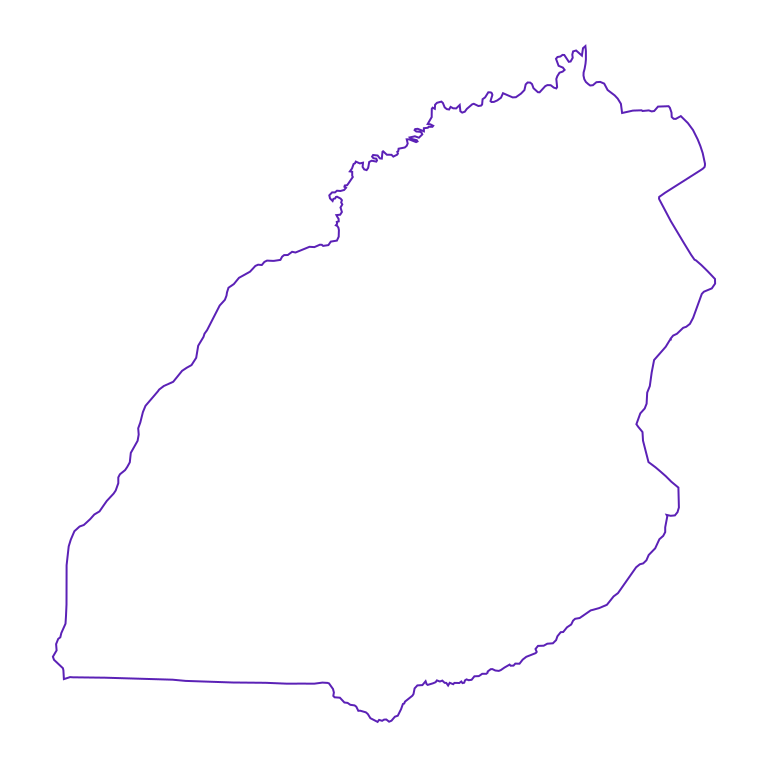 the district of Kungu, Équateur, Democratic Republic of the Congo
{"feature_id": "63176286B55786633055845", "entity_name": "Kungu", "entity_type": "district", "adm_level": 2, "iso_a3": "COD", "parent_name": "Democratic Republic of the Congo", "parent_adm1": "Équateur", "projection": "orthographic", "projection_center": [18.779, 2.549], "detail": "fine", "context": "isolated", "style": "outline", "palette": "violet", "viewbox_px": 768, "rotation_deg": 0, "n_neighbors": 0, "source": "geoboundaries", "source_scale": "gbopen_adm2", "svg_char_len": 5997}
<svg xmlns="http://www.w3.org/2000/svg" viewBox="0 0 768 768"><path d="M606.9,604.8L613.6,596.4L618.0,593.1L632.8,572.0L636.1,567.3L639.8,564.3L643.2,563.4L646.4,560.3L648.7,555.0L655.2,548.3L659.4,539.2L663.2,535.9L665.2,532.1L665.2,527.3L667.3,516.3L666.6,514.9L670.7,515.8L674.9,515.4L677.5,512.2L678.9,507.5L678.4,487.6L671.3,481.7L665.8,476.2L659.4,470.6L655.5,467.3L648.5,462.1L643.0,440.6L642.5,432.1L641.5,430.8L638.2,426.8L636.4,424.2L640.3,413.4L644.7,408.5L646.6,403.7L647.2,392.6L649.8,386.1L651.7,372.4L654.1,360.0L665.7,346.8L669.8,340.1L670.8,339.6L670.5,338.8L673.1,335.6L676.9,333.8L683.2,327.8L686.2,326.8L689.9,323.9L693.1,317.9L701.8,293.9L703.9,291.7L711.8,288.4L715.1,283.6L715.0,279.0L707.6,271.2L701.3,265.0L696.0,260.4L694.5,259.7L691.1,254.8L683.7,242.7L670.9,221.3L659.2,199.2L659.0,198.3L659.2,196.9L665.0,192.8L699.8,170.7L702.7,168.8L704.5,167.1L704.9,165.6L705.0,163.8L702.7,153.1L700.4,146.1L697.7,139.4L693.0,130.0L687.9,123.1L680.8,116.1L675.8,118.9L673.6,118.8L671.7,117.0L671.5,112.6L669.9,107.8L668.6,106.2L658.0,106.6L655.0,110.1L654.2,111.0L651.7,111.4L648.8,110.4L642.5,111.0L641.6,110.3L632.9,110.6L622.1,113.0L620.9,103.8L617.7,98.6L614.7,95.4L607.6,90.0L604.2,83.6L600.2,81.9L596.4,82.2L592.9,85.2L590.2,85.5L588.4,84.2L585.9,82.0L584.3,79.2L583.5,75.6L583.6,72.5L584.6,68.8L585.5,63.7L585.9,59.5L585.9,53.9L585.9,51.1L585.4,46.1L583.0,48.2L581.9,55.6L576.1,50.5L573.1,51.4L572.3,54.6L572.7,57.8L570.6,61.5L568.8,61.8L564.3,55.0L562.5,54.9L560.4,56.5L557.5,57.0L556.0,58.8L558.6,65.8L562.9,67.6L564.0,69.1L564.6,69.9L562.7,71.6L559.5,72.7L557.3,76.2L556.3,79.0L556.9,84.8L557.1,87.1L556.3,88.4L553.8,87.6L550.7,85.2L547.4,85.1L545.3,86.1L539.6,92.3L537.9,92.2L533.5,88.2L532.0,84.1L530.2,82.6L527.6,82.5L525.7,84.4L524.4,90.1L521.0,93.6L515.9,97.2L512.7,97.4L507.8,95.3L503.0,93.2L501.0,97.7L497.3,100.4L493.9,101.9L491.5,102.0L490.5,101.1L490.8,100.0L491.5,97.8L492.4,94.9L492.2,94.5L491.9,93.3L490.8,92.4L488.3,92.3L485.1,97.4L482.6,99.2L482.1,104.5L481.1,105.6L478.4,106.0L473.8,103.8L472.2,104.3L467.4,108.4L466.8,108.9L464.8,111.7L462.2,112.6L460.4,111.3L459.7,105.0L456.2,108.4L453.2,108.3L450.6,106.9L449.1,109.5L446.8,109.1L444.7,107.4L442.9,103.0L441.4,101.6L437.0,102.8L435.1,104.7L434.8,108.8L432.6,107.7L431.8,108.8L431.7,114.8L431.7,117.1L430.8,118.6L427.7,124.0L430.3,124.3L433.2,125.8L432.4,126.8L428.6,126.8L427.8,127.8L423.9,128.2L423.9,131.3L417.7,128.8L415.2,129.1L415.1,129.3L414.6,130.1L416.3,131.5L420.1,131.8L421.6,132.8L422.3,134.4L421.8,134.9L418.9,137.7L416.9,137.0L414.9,136.3L409.9,137.4L411.6,138.9L416.8,140.2L417.5,141.4L416.1,142.1L409.2,139.4L407.5,139.3L406.7,139.3L407.7,143.5L406.7,145.8L404.8,147.5L398.6,148.7L398.5,149.6L398.2,151.2L397.3,151.8L397.6,152.7L397.9,153.6L397.1,154.7L393.3,156.6L391.5,154.8L386.8,154.7L383.8,151.9L383.1,151.3L382.5,151.8L381.8,158.6L379.9,158.4L377.6,155.5L373.1,155.0L372.1,156.6L373.4,158.2L373.8,158.3L376.3,158.7L377.0,160.4L376.3,161.6L371.6,160.7L369.2,162.0L368.5,166.1L368.1,168.0L366.6,170.1L364.2,169.4L362.6,166.9L363.0,162.7L359.8,163.4L355.8,161.6L355.0,163.3L353.6,164.0L352.0,168.5L349.9,171.4L352.2,171.8L352.2,175.7L352.8,177.0L348.3,183.6L347.1,185.2L344.8,185.5L344.6,186.1L344.4,186.8L346.0,187.8L344.1,190.0L340.4,191.0L337.0,190.7L335.0,192.4L333.3,192.4L332.1,192.4L329.3,195.3L330.0,198.4L332.6,201.0L333.4,198.9L335.2,198.4L335.9,197.0L337.0,196.7L340.6,198.6L341.6,199.8L341.9,200.2L341.2,202.5L342.3,204.4L342.2,204.6L340.5,207.5L341.9,212.0L340.2,214.7L336.4,215.1L337.4,217.0L338.6,218.9L338.7,221.4L336.8,221.9L337.1,223.9L335.9,225.3L337.3,226.0L338.4,227.7L338.9,230.1L338.7,236.7L336.9,240.6L330.8,241.6L328.4,245.1L323.1,245.9L321.8,244.8L319.9,244.7L314.4,247.1L309.5,246.8L299.2,251.0L295.5,252.5L292.1,251.8L287.8,255.0L284.1,255.1L282.1,256.7L280.4,259.9L273.7,260.9L273.4,260.9L273.2,260.9L267.0,260.6L264.4,261.9L261.8,265.0L258.1,264.7L255.4,265.9L250.0,271.7L239.0,277.8L233.8,284.1L228.5,287.7L227.0,292.4L226.5,295.6L224.9,299.8L219.7,305.5L207.1,330.1L204.5,333.7L203.5,336.9L198.2,345.7L196.2,357.8L191.5,365.1L186.8,367.7L182.1,370.8L173.2,381.8L163.8,386.0L159.1,389.6L158.0,391.2L145.5,405.8L142.9,412.1L140.3,422.5L138.2,428.3L138.7,434.6L137.6,440.8L130.8,452.9L129.8,462.3L127.2,467.0L125.1,470.1L119.9,474.3L118.3,477.4L118.3,483.2L115.7,490.5L113.6,493.6L106.8,500.9L104.2,504.6L99.5,511.4L94.3,514.5L90.1,519.2L83.8,525.0L79.6,526.5L74.4,531.2L70.8,539.6L68.7,546.4L66.6,565.2L66.5,604.4L66.0,615.9L65.5,623.7L61.3,633.1L60.3,637.3L58.2,638.9L56.1,644.1L56.6,650.4L52.9,656.7L54.0,659.8L62.9,668.2L63.4,670.3L63.9,679.1L69.2,677.4L70.0,677.1L72.8,677.3L105.2,677.7L172.6,679.7L185.6,680.9L232.7,682.5L265.6,682.8L287.4,683.7L301.9,683.6L314.1,683.7L322.4,682.6L327.5,682.9L329.0,683.4L333.0,689.0L333.9,692.5L333.3,695.9L334.6,697.3L339.9,697.7L344.4,702.5L347.6,702.9L350.3,704.8L354.6,705.4L356.3,706.7L358.3,710.8L360.2,710.7L365.8,712.3L367.7,713.9L368.1,714.5L370.4,718.2L377.6,721.9L378.0,721.3L379.1,719.9L382.1,720.8L384.1,719.6L386.3,719.5L389.1,721.7L391.5,720.7L392.4,719.6L394.9,716.7L397.8,715.7L401.1,709.1L402.9,704.0L404.2,703.5L405.0,701.6L412.4,695.7L413.5,694.0L414.6,688.4L417.4,685.4L422.4,685.1L425.6,681.2L426.6,684.1L427.7,684.9L433.0,683.3L435.6,682.2L436.9,680.4L438.2,680.9L439.9,681.5L442.3,680.6L444.6,682.8L446.3,682.9L448.1,685.5L449.7,682.8L453.2,684.2L454.4,682.9L459.3,683.0L461.3,681.5L462.5,683.1L464.2,682.7L465.0,680.4L466.5,679.4L468.7,680.2L471.6,679.8L474.4,676.3L478.8,676.1L479.8,675.5L482.2,673.8L486.3,673.8L487.6,672.7L487.7,671.5L490.7,669.2L492.4,669.1L495.3,670.5L498.8,670.9L500.8,670.1L504.4,667.6L509.6,664.6L510.6,665.7L513.5,665.6L515.3,663.6L519.5,663.7L522.7,659.6L526.3,656.8L535.7,653.1L536.7,651.9L535.5,649.0L538.0,645.9L543.7,645.7L547.3,643.7L552.9,643.3L556.1,640.1L557.4,636.3L560.7,632.2L563.2,632.0L567.0,627.3L571.2,624.5L573.1,620.6L575.1,618.8L579.7,618.0L590.7,610.4L593.4,609.7L599.1,608.1L606.9,604.8Z" fill="none" stroke="#5b21b6" stroke-width="2"/></svg>